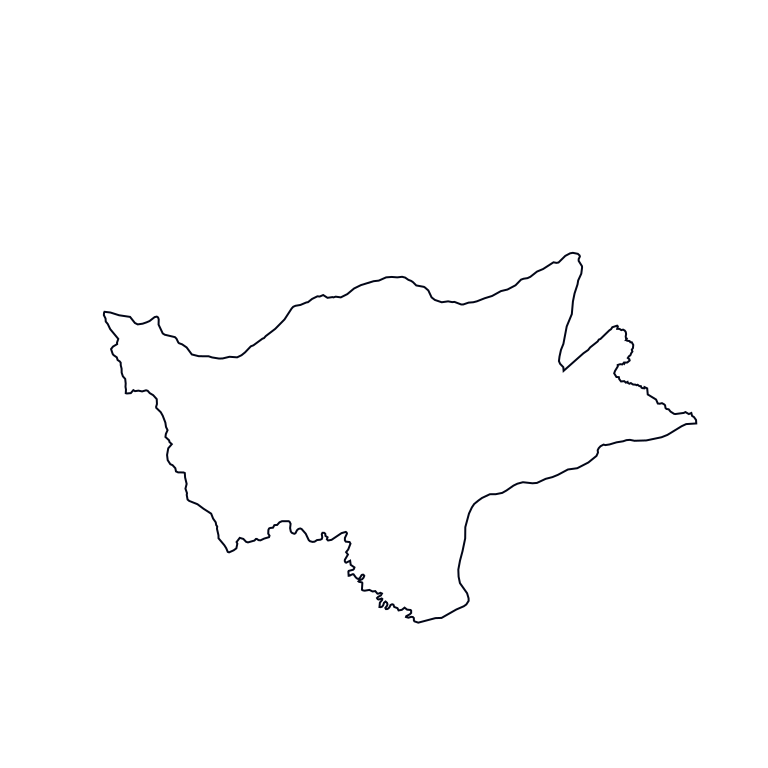 the district of Puerto Nare, Antioquia, Colombia, rotated 45°
{"feature_id": "7082276B40653631008406", "entity_name": "Puerto Nare", "entity_type": "district", "adm_level": 2, "iso_a3": "COL", "parent_name": "Colombia", "parent_adm1": "Antioquia", "projection": "natural_earth1", "projection_center": [-74.693, 6.141], "detail": "fine", "context": "isolated", "style": "outline", "palette": "ink", "viewbox_px": 768, "rotation_deg": 45, "n_neighbors": 0, "source": "geoboundaries", "source_scale": "gbopen_adm2", "svg_char_len": 6153}
<svg xmlns="http://www.w3.org/2000/svg" viewBox="0 0 768 768"><g transform="rotate(45 384 384)"><path d="M632.7,191.1L630.1,188.8L626.6,188.2L624.4,188.7L621.8,187.2L620.8,189.7L617.0,190.7L616.4,192.5L611.2,199.3L610.2,200.0L606.1,200.9L603.2,200.6L601.4,201.9L600.0,201.9L597.8,200.3L596.5,200.3L594.1,201.0L592.9,203.0L591.4,204.2L587.4,202.6L577.9,204.9L573.2,201.0L570.4,202.0L571.1,203.0L569.5,204.3L568.5,204.5L567.1,203.9L566.1,204.9L563.9,205.2L563.5,206.2L562.2,206.7L560.4,208.3L557.9,208.8L557.3,210.3L555.5,210.8L554.7,210.3L554.1,212.0L551.9,212.1L549.8,214.6L546.9,214.2L545.2,213.1L543.4,214.7L539.2,213.7L538.1,211.3L536.9,206.3L535.8,205.3L537.0,203.0L538.7,201.6L538.6,199.4L539.5,199.6L539.2,198.5L540.8,196.8L541.1,193.7L540.0,193.0L538.0,193.2L537.6,191.2L537.9,189.5L537.0,187.3L536.7,185.4L535.0,184.6L534.6,182.5L532.6,180.1L529.7,179.3L528.7,180.3L527.3,180.0L525.3,181.5L524.6,181.3L524.0,181.9L523.5,180.2L522.7,180.5L521.3,179.5L519.9,177.5L518.2,176.3L516.4,176.0L514.6,176.5L513.7,178.1L511.6,178.5L509.9,180.1L508.6,177.9L507.6,177.9L505.3,182.4L505.8,184.7L505.4,186.7L505.2,199.1L504.5,200.7L505.0,202.8L503.9,212.4L504.3,215.6L503.3,221.2L501.7,247.7L498.9,245.3L494.2,245.2L491.5,244.1L488.7,240.5L485.0,234.7L482.5,228.8L472.5,214.1L467.4,201.8L459.2,192.0L454.7,185.2L450.4,176.7L448.1,173.5L445.5,166.5L441.8,161.7L440.7,160.7L434.6,159.3L433.3,158.0L432.4,155.4L431.4,154.8L429.0,154.9L424.8,157.7L423.2,160.0L421.6,165.2L421.5,174.7L420.3,176.4L417.8,178.1L415.2,190.2L412.7,196.3L411.7,204.7L410.6,207.7L408.3,210.8L407.1,213.3L407.2,221.2L404.5,229.9L401.0,235.6L398.2,245.3L394.6,252.1L391.2,259.9L389.3,263.1L386.3,266.6L383.8,271.7L382.3,273.2L375.8,276.1L374.3,277.9L370.9,280.2L367.0,285.4L360.5,288.6L356.4,289.1L349.2,286.5L344.7,286.8L343.5,287.1L337.1,291.5L332.4,291.5L330.3,291.9L327.6,293.1L323.7,293.8L321.0,295.4L318.0,299.2L313.8,302.8L310.1,307.1L307.2,314.6L304.0,318.6L297.8,330.3L295.3,337.6L294.5,346.4L292.2,353.3L288.1,356.4L287.0,358.5L286.1,359.0L283.1,363.0L278.1,364.1L276.7,367.6L274.9,369.1L273.0,374.7L272.4,379.9L271.4,381.3L269.0,387.2L266.1,391.3L265.2,393.6L265.3,395.9L268.0,408.7L268.1,421.9L266.5,433.8L266.7,436.4L266.0,437.9L264.3,449.0L263.2,451.5L263.4,459.9L262.9,464.4L261.3,469.0L255.5,474.0L251.8,480.1L249.3,482.7L243.6,486.8L240.4,488.4L233.4,495.3L227.2,499.0L218.6,497.7L213.2,498.7L210.2,500.1L209.2,500.1L205.2,498.7L203.0,498.7L194.1,504.2L191.8,504.7L182.6,501.4L179.0,497.6L177.2,496.7L175.7,497.0L174.5,498.9L173.7,505.3L172.5,508.3L170.7,512.0L167.7,516.0L164.7,517.0L157.0,516.1L148.1,522.7L140.0,526.9L135.3,530.6L135.7,531.6L137.2,533.4L140.8,534.6L143.1,536.6L146.2,536.9L151.6,538.8L164.2,540.0L166.0,543.6L167.1,544.5L165.9,549.2L166.3,552.3L170.9,554.6L172.3,554.8L176.2,554.1L178.7,555.4L181.1,554.9L182.7,555.1L184.6,556.9L187.6,558.7L190.5,561.5L193.9,563.2L197.4,563.4L201.0,566.3L203.2,568.8L205.5,570.4L207.9,573.1L208.9,572.5L211.4,569.5L211.1,565.6L213.0,565.1L215.1,562.3L218.2,560.3L220.2,556.7L221.7,555.9L224.8,556.1L228.7,555.1L234.0,555.4L237.6,558.7L239.0,561.3L239.8,561.9L246.1,561.8L250.0,562.9L256.7,565.9L260.2,568.5L263.6,569.7L265.1,573.6L266.9,576.0L271.9,575.8L273.3,576.7L276.5,576.6L276.9,582.0L280.8,587.6L284.9,590.8L289.6,591.8L291.9,590.9L296.0,591.1L298.7,592.9L300.9,592.1L304.8,588.3L306.1,587.8L309.4,590.7L315.1,594.2L317.6,598.4L321.9,600.5L322.9,601.9L326.8,604.6L329.0,604.4L337.1,600.9L344.7,599.8L353.5,597.9L358.3,600.0L362.8,600.8L365.1,602.4L366.8,602.7L368.3,604.5L373.9,608.0L376.1,610.1L385.1,610.9L388.6,611.7L392.2,613.2L393.5,612.6L395.3,607.9L395.8,604.6L393.2,600.6L391.5,600.0L390.8,594.8L394.1,593.0L398.1,593.1L399.8,592.2L403.1,586.3L403.0,584.1L403.6,583.5L405.7,583.1L407.2,581.9L408.6,578.0L411.0,573.6L410.3,572.2L408.0,571.7L405.5,569.0L404.9,567.5L405.3,566.3L407.1,564.1L406.3,561.3L408.1,559.2L407.9,555.7L408.9,553.1L413.6,548.4L414.7,548.2L416.8,548.9L419.5,552.3L422.4,554.2L424.0,554.4L425.8,553.7L426.6,553.2L426.9,552.1L425.9,549.0L426.0,547.0L426.9,545.4L428.3,544.8L434.5,545.2L441.2,547.6L442.8,547.5L445.1,546.2L446.4,544.6L447.0,541.7L449.1,539.1L449.6,537.6L448.8,536.1L446.2,534.2L445.7,532.7L446.8,531.6L448.3,531.4L450.0,532.8L452.5,532.3L453.4,534.2L455.1,534.2L457.1,531.3L459.4,519.5L461.6,515.6L462.7,515.5L463.6,516.0L465.2,520.5L466.9,522.2L468.4,522.5L471.4,520.1L473.2,520.6L475.7,526.3L476.1,529.7L479.1,530.1L480.6,535.9L481.4,536.9L482.8,537.4L483.6,537.1L485.0,532.9L488.3,535.4L492.8,534.6L493.5,536.0L493.5,537.2L491.2,541.1L491.5,541.9L494.6,544.6L495.0,544.1L494.5,543.8L495.3,543.2L496.4,540.6L497.0,540.1L500.9,540.7L502.9,540.5L503.8,539.9L504.1,538.3L503.3,535.0L503.5,534.2L504.3,533.4L505.7,533.6L506.5,535.5L506.6,537.5L505.5,540.1L505.5,541.6L506.3,541.5L508.6,539.9L509.4,540.0L513.9,545.1L515.1,544.8L516.5,543.8L519.3,539.9L522.6,538.8L524.3,536.6L527.6,536.9L528.5,535.9L529.1,534.2L530.7,533.6L531.3,535.7L530.4,538.6L530.4,540.3L531.7,540.6L532.7,540.1L534.0,537.3L534.8,537.2L535.4,538.2L535.7,541.5L538.5,544.9L539.5,544.1L540.1,542.7L539.9,541.1L538.7,538.7L538.9,536.7L540.9,536.6L542.2,537.3L542.9,538.5L543.3,541.4L544.5,541.8L545.3,541.0L545.8,539.6L545.7,537.9L544.9,535.6L545.5,534.0L546.7,533.4L548.9,534.4L552.0,533.0L554.4,533.8L556.3,531.1L556.7,527.6L559.9,527.2L562.6,525.0L563.5,525.1L565.1,526.7L565.1,528.7L563.9,532.4L564.3,533.2L566.5,532.0L567.9,529.4L569.1,528.4L570.6,528.4L572.4,530.1L573.4,530.3L577.0,528.5L585.9,513.2L590.1,508.7L594.6,492.3L597.6,484.7L598.1,481.7L597.2,477.5L595.3,475.7L590.7,473.2L578.5,471.1L573.0,467.5L567.8,462.7L562.6,455.1L557.8,446.8L550.6,435.8L542.7,427.7L535.7,415.5L533.4,409.1L532.6,405.0L533.2,399.4L533.9,395.2L536.8,387.1L541.0,382.8L544.6,377.4L545.9,372.7L547.4,364.3L548.8,360.2L551.7,355.2L559.2,349.2L562.1,345.8L565.4,336.7L568.9,330.8L571.2,325.3L574.5,314.4L580.2,306.9L584.0,295.0L585.1,284.6L583.8,281.2L581.9,279.7L581.2,277.5L581.1,274.9L582.1,271.6L583.7,270.7L586.2,267.3L589.7,260.8L593.6,255.4L595.1,252.3L597.4,249.6L601.3,247.0L609.4,238.4L617.9,225.4L620.4,219.6L624.3,203.4L626.0,198.7L632.7,191.1Z" fill="none" stroke="#020617" stroke-width="2"/></g></svg>